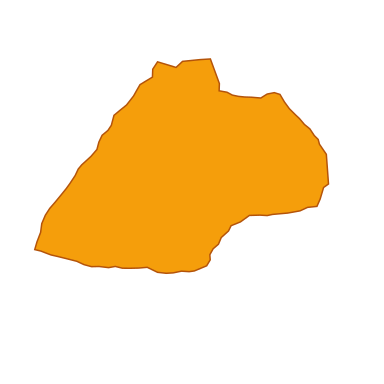 the district of Esperança Nova, Paraná, Brazil, rotated 300°
{"feature_id": "56859067B5777804662884", "entity_name": "Esperança Nova", "entity_type": "district", "adm_level": 2, "iso_a3": "BRA", "parent_name": "Brazil", "parent_adm1": "Paraná", "projection": "albers", "projection_center": [-53.801, -23.723], "detail": "fine", "context": "isolated", "style": "filled", "palette": "amber", "viewbox_px": 384, "rotation_deg": 300, "n_neighbors": 0, "source": "geoboundaries", "source_scale": "gbopen_adm2", "svg_char_len": 1297}
<svg xmlns="http://www.w3.org/2000/svg" viewBox="0 0 384 384"><g transform="rotate(300 192 192)"><path d="M287.5,97.1L278.7,96.6L271.7,100.3L265.4,96.8L259.0,93.3L252.4,93.3L246.0,93.4L234.6,91.8L226.5,88.7L219.4,86.1L209.4,88.8L203.3,88.4L196.2,85.8L188.7,86.4L181.3,88.4L172.3,86.7L160.3,82.9L155.0,82.0L147.8,82.6L138.1,82.0L132.2,81.4L124.0,80.1L114.9,78.6L106.7,77.0L98.6,76.6L89.5,77.7L81.3,81.1L71.2,82.7L63.5,84.6L65.3,90.7L66.1,96.0L67.0,101.4L69.0,107.9L71.4,116.2L74.4,126.9L75.1,134.8L77.1,142.3L81.0,148.7L84.8,157.6L89.2,162.8L91.2,169.8L94.8,176.2L99.5,183.9L104.4,190.9L105.2,202.3L108.7,210.3L112.6,216.2L118.2,222.5L121.6,229.4L124.8,233.5L135.4,241.6L142.3,241.7L146.6,238.8L153.4,238.7L160.0,241.0L167.2,240.1L176.5,243.1L182.4,242.7L190.3,248.9L200.4,253.4L206.0,262.5L209.2,268.9L212.9,273.0L221.6,285.4L225.3,289.8L229.7,295.0L236.5,299.8L242.0,307.4L250.0,306.5L261.7,303.7L267.2,306.2L283.7,295.0L291.8,289.5L297.1,278.5L300.6,275.0L302.0,269.7L305.6,262.5L306.7,255.6L309.3,248.4L310.6,242.9L312.8,234.7L316.2,227.0L320.5,219.4L319.2,213.6L314.4,208.1L307.8,204.6L303.8,196.1L300.6,190.1L298.0,184.3L296.1,178.5L295.9,172.4L293.2,164.9L299.6,161.5L316.4,141.4L310.7,132.8L300.4,118.5L291.9,115.9L287.5,97.1Z" fill="#f59e0b" stroke="#b45309" stroke-width="1.5"/></g></svg>